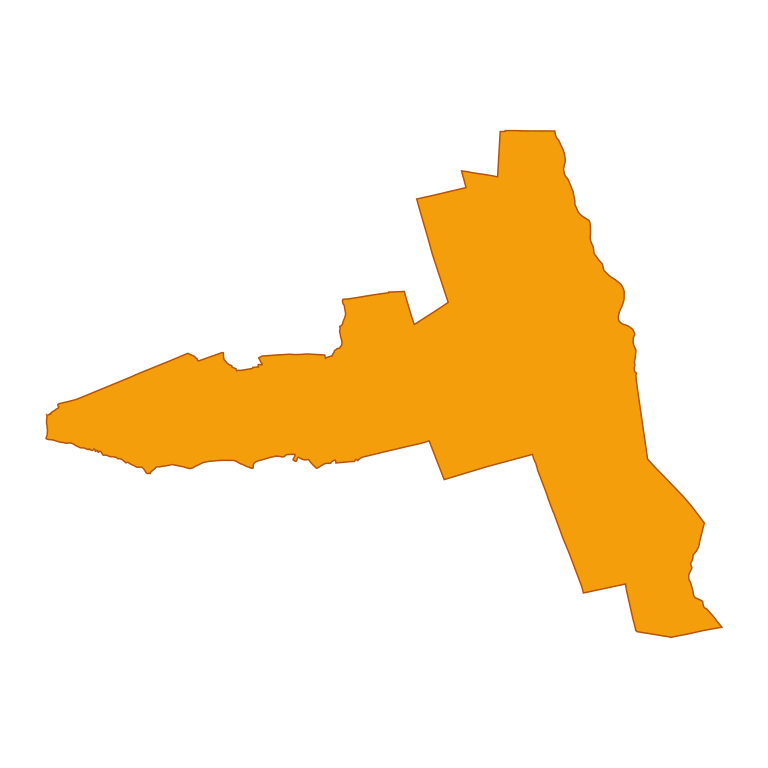 outline of Filipestii De Targ, Prahova, Romania
{"feature_id": "2599482B69581696134481", "entity_name": "Filipestii De Targ", "entity_type": "district", "adm_level": 2, "iso_a3": "ROU", "parent_name": "Romania", "parent_adm1": "Prahova", "projection": "robinson", "projection_center": [25.752, 44.957], "detail": "fine", "context": "isolated", "style": "filled", "palette": "amber", "viewbox_px": 768, "rotation_deg": 0, "n_neighbors": 0, "source": "geoboundaries", "source_scale": "gbopen_adm2", "svg_char_len": 6064}
<svg xmlns="http://www.w3.org/2000/svg" viewBox="0 0 768 768"><path d="M721.9,627.2L716.8,621.0L715.4,619.0L712.6,615.5L710.9,613.7L708.0,610.3L706.7,608.9L704.7,608.0L703.9,607.1L703.2,605.2L702.7,601.7L701.5,600.5L695.4,597.8L694.3,596.7L693.6,595.2L692.9,590.9L691.9,587.1L690.6,582.9L689.8,581.0L689.0,579.7L688.7,577.6L688.7,575.6L689.3,573.3L691.7,568.5L691.8,567.1L691.1,565.8L690.7,564.3L690.7,563.1L692.3,560.0L692.8,558.2L693.0,556.0L693.5,554.3L695.0,552.8L696.2,551.3L698.3,547.5L699.2,544.7L699.8,540.9L704.3,523.0L692.0,506.7L683.2,496.4L663.6,476.0L656.2,468.5L647.6,459.1L637.1,386.5L635.8,375.7L636.4,373.4L636.1,372.7L635.0,372.0L634.6,371.0L634.2,369.4L634.2,368.1L634.9,365.2L634.4,362.1L635.4,357.0L635.5,354.7L635.9,352.1L635.9,350.3L635.5,349.2L633.7,345.2L633.2,342.6L633.1,341.2L633.2,338.9L633.6,337.1L634.5,335.1L634.8,333.8L632.8,329.6L631.3,328.2L628.6,326.3L625.7,325.0L624.4,324.7L622.3,324.0L619.7,321.8L618.9,320.7L618.6,319.7L618.3,318.0L618.4,316.1L619.2,312.4L620.4,309.4L622.3,305.5L623.8,300.6L624.1,298.3L624.2,292.2L623.8,289.8L622.3,286.5L620.8,284.2L615.3,279.7L612.3,277.9L609.7,276.1L603.8,270.4L602.5,264.2L598.2,259.3L596.8,257.0L594.1,253.8L593.7,249.6L593.0,246.2L591.7,243.6L590.5,240.3L590.2,237.7L590.6,231.2L590.4,226.4L589.9,222.5L589.0,220.4L582.8,216.6L580.1,214.4L578.1,211.9L576.4,207.8L574.9,204.5L574.8,200.4L573.5,194.1L573.2,191.6L572.6,190.6L568.3,179.8L566.8,177.8L565.3,176.1L564.4,174.0L563.5,169.3L564.4,164.7L565.3,161.4L565.3,159.4L564.8,156.1L564.1,152.9L562.9,149.4L558.6,140.1L557.0,138.4L556.0,136.7L554.9,132.4L554.8,131.0L523.6,130.9L516.2,130.6L505.2,130.6L505.1,131.4L500.2,131.6L497.6,176.8L496.5,176.7L492.6,175.8L487.3,174.9L472.2,172.7L468.2,171.8L461.6,170.9L461.9,171.8L462.0,172.8L464.0,179.8L466.0,187.6L431.2,195.8L416.7,199.0L422.9,220.9L426.9,234.4L432.7,255.3L448.2,302.4L436.3,310.4L414.3,324.5L412.1,318.3L406.7,300.2L404.3,291.5L388.6,292.1L388.6,292.8L388.4,292.8L373.8,294.8L348.6,298.9L344.8,299.1L342.9,299.4L342.5,300.4L342.6,302.2L343.1,303.8L344.2,305.4L345.6,313.4L345.6,314.4L344.8,317.6L343.7,319.9L342.1,324.9L341.5,325.5L340.1,326.1L339.7,326.6L340.2,328.8L339.6,330.8L339.6,331.7L340.3,334.6L340.7,337.3L341.8,340.6L342.0,343.6L341.8,344.4L341.4,345.7L340.4,346.5L339.7,348.1L339.0,348.3L337.8,348.4L337.0,348.7L336.3,349.5L334.6,350.5L334.4,350.8L334.1,352.2L332.6,354.4L332.2,355.7L327.9,357.1L326.9,357.5L325.5,358.3L324.7,355.0L309.8,354.1L306.4,354.0L301.7,354.4L295.2,354.6L289.3,354.2L282.2,354.7L277.7,354.9L261.8,356.1L261.1,356.7L259.3,357.4L258.9,357.7L258.9,358.2L259.0,358.6L259.7,359.6L260.4,361.3L261.9,363.7L262.1,364.6L261.5,364.9L259.5,364.5L258.4,364.6L258.2,364.8L258.1,365.5L258.5,366.9L252.8,367.4L252.7,368.1L251.6,368.6L240.9,370.4L238.4,370.3L236.7,370.8L236.4,369.6L235.9,368.7L235.7,368.6L234.4,368.2L233.7,367.8L232.7,367.5L232.0,367.1L231.9,366.1L231.8,365.8L231.1,365.3L229.8,365.1L229.3,364.8L226.8,362.9L225.7,361.3L224.0,359.6L223.7,359.0L224.0,358.2L223.6,357.7L223.5,357.3L223.5,353.4L223.4,353.0L223.2,352.7L222.1,352.6L199.2,360.7L198.4,360.9L197.7,360.3L196.8,358.7L195.6,357.7L194.5,356.4L190.0,354.4L187.9,353.3L170.5,360.6L139.7,373.1L134.7,375.2L133.2,376.0L76.9,399.2L75.5,399.7L68.7,401.4L58.8,403.8L57.7,404.9L58.0,406.0L58.5,406.4L58.8,406.9L58.6,407.7L58.3,408.0L55.5,409.6L54.4,410.7L52.3,411.7L50.1,413.7L51.3,414.0L49.0,414.5L47.2,415.5L47.0,415.3L47.1,415.8L46.8,417.3L46.5,422.5L46.7,424.1L47.1,425.7L47.1,426.7L47.0,427.3L47.5,429.6L47.2,434.3L47.0,435.5L46.1,438.0L46.1,438.6L46.8,439.0L48.3,439.5L52.8,439.9L58.1,441.6L61.0,442.3L63.3,442.5L65.8,443.2L67.4,443.2L69.1,442.9L70.6,443.0L73.1,443.8L75.4,445.4L80.4,447.8L83.4,447.9L84.3,448.1L85.7,448.6L87.1,449.3L88.5,449.6L89.3,448.9L90.3,449.9L92.4,450.4L92.9,450.2L93.8,449.1L94.3,449.0L94.8,449.4L95.0,450.6L95.3,451.2L95.5,451.4L95.8,451.3L97.0,450.4L97.4,450.6L97.6,450.8L97.8,451.2L98.0,452.0L98.2,452.3L98.6,452.2L99.6,451.3L99.9,451.2L100.5,451.3L101.5,452.2L101.4,452.8L102.5,454.2L102.7,454.8L103.5,455.2L105.7,455.1L107.0,455.4L110.1,456.7L112.9,456.7L116.3,457.4L116.8,457.7L117.3,458.5L117.5,458.7L119.8,458.7L122.4,459.7L123.4,460.8L124.6,461.5L125.5,462.7L126.1,462.8L127.3,462.3L128.0,462.4L129.8,463.6L133.2,465.4L134.3,465.7L136.3,467.0L138.6,467.3L141.2,467.0L142.4,467.7L143.4,468.5L144.4,469.9L146.2,472.8L146.8,473.3L147.8,473.6L148.9,473.3L149.7,473.3L150.0,473.5L150.4,473.4L150.8,472.0L155.1,468.4L155.8,467.3L156.2,467.1L157.5,466.8L159.8,466.9L162.5,466.2L165.8,465.9L171.4,464.7L172.8,464.6L184.5,467.1L188.9,468.5L190.6,468.5L192.9,467.8L195.4,466.2L198.1,465.1L201.5,463.3L203.2,462.6L208.7,461.4L217.6,460.6L222.7,460.3L233.1,460.4L235.2,460.8L240.4,463.7L243.6,464.8L244.7,465.5L246.8,466.6L248.4,467.0L250.6,468.0L252.8,468.3L253.1,468.0L253.3,466.8L253.2,465.4L253.5,464.4L253.9,463.6L254.5,462.9L255.3,462.1L257.6,461.0L262.6,459.7L268.7,457.8L275.9,456.1L279.1,456.3L282.5,457.0L283.3,456.9L284.6,456.4L285.9,455.0L287.6,454.6L293.8,454.3L295.0,454.5L295.1,455.1L294.4,456.9L293.3,458.7L293.1,459.5L293.2,460.1L293.7,460.4L295.6,461.3L296.2,461.2L296.4,461.0L297.4,458.4L297.7,457.8L298.2,457.3L298.9,457.5L301.5,459.0L302.9,459.5L305.4,459.9L308.3,459.6L308.9,460.0L311.2,463.0L313.2,465.2L314.5,466.2L316.0,467.9L316.5,468.2L317.1,468.2L324.7,463.7L327.1,463.3L329.6,463.3L330.8,463.1L331.0,462.4L332.5,461.2L333.9,460.4L335.6,459.9L335.4,460.1L335.5,460.8L335.8,461.4L335.9,463.0L349.3,461.7L354.6,461.4L354.6,461.1L355.2,460.2L356.0,459.2L357.7,460.6L358.2,460.0L359.4,459.0L361.6,457.5L363.0,456.9L365.7,456.4L382.0,452.4L406.2,446.7L418.3,444.0L423.4,442.7L429.1,440.8L444.2,479.6L486.1,466.9L532.5,454.4L533.1,456.6L533.5,458.3L535.1,462.0L535.9,463.4L536.3,465.3L537.2,467.9L537.5,469.8L546.6,493.7L548.3,499.0L553.0,511.6L553.1,511.9L553.4,512.0L562.8,537.8L569.0,552.8L581.6,586.1L583.2,592.0L583.4,593.0L625.5,584.0L626.3,589.2L627.0,592.6L633.2,620.1L634.2,623.5L635.8,630.5L637.2,631.7L670.5,637.1L670.7,637.4L691.5,633.2L703.5,630.5L721.9,627.2Z" fill="#f59e0b" stroke="#b45309" stroke-width="1.5"/></svg>